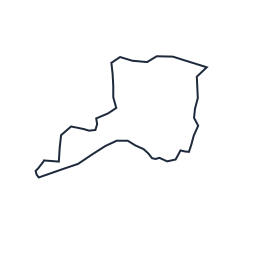 the District of Beyləqan, rotated 227°
{"feature_id": "AZE-1697", "entity_name": "Beyləqan", "entity_type": "District", "adm_level": 1, "iso_a3": "AZE", "parent_name": "Azerbaijan", "parent_adm1": "", "projection": "mercator", "projection_center": [47.672, 39.865], "detail": "fine", "context": "isolated", "style": "outline", "palette": "slate", "viewbox_px": 256, "rotation_deg": 227, "n_neighbors": 0, "source": "natural_earth", "source_scale": "10m", "svg_char_len": 795}
<svg xmlns="http://www.w3.org/2000/svg" viewBox="0 0 256 256"><g transform="rotate(227 128 128)"><path d="M160.8,198.0L149.7,209.4L118.7,227.0L118.7,226.8L118.6,213.3L102.3,199.5L96.6,190.4L90.4,183.2L81.8,180.9L77.6,170.9L72.6,162.9L69.0,156.3L72.3,153.4L75.8,151.1L74.3,146.8L72.5,141.3L76.9,133.9L84.8,130.6L86.5,127.1L89.5,125.0L95.7,125.5L101.9,125.0L110.2,121.5L118.9,119.1L126.4,111.1L130.3,99.1L133.2,83.3L135.8,67.0L141.6,54.2L152.7,29.0L156.3,29.4L159.6,31.1L159.8,35.2L161.2,43.7L161.6,44.4L150.6,54.5L159.9,64.3L168.4,74.2L167.9,87.4L157.7,94.7L152.6,97.7L148.8,102.8L151.8,108.0L156.7,111.3L152.3,123.3L150.7,133.1L160.4,138.1L168.8,145.9L178.0,153.6L187.0,160.3L185.3,170.6L174.3,177.0L163.2,186.9L160.9,197.8L160.8,198.0Z" fill="none" stroke="#1e293b" stroke-width="2"/></g></svg>